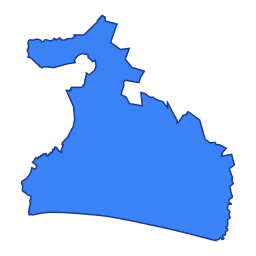 San Marcos, Guerrero, Mexico (Mercator projection)
{"feature_id": "50627088B28272611145429", "entity_name": "San Marcos", "entity_type": "district", "adm_level": 2, "iso_a3": "MEX", "parent_name": "Mexico", "parent_adm1": "Guerrero", "projection": "mercator", "projection_center": [-99.468, 16.852], "detail": "fine", "context": "isolated", "style": "filled", "palette": "blue", "viewbox_px": 256, "rotation_deg": 0, "n_neighbors": 0, "source": "geoboundaries", "source_scale": "gbopen_adm2", "svg_char_len": 5579}
<svg xmlns="http://www.w3.org/2000/svg" viewBox="0 0 256 256"><path d="M54.1,38.5L54.0,39.4L53.7,39.7L51.1,40.6L50.1,40.8L49.2,40.7L47.0,39.9L46.1,39.8L45.1,39.9L44.8,40.0L44.5,40.3L43.7,41.4L43.0,41.9L42.6,41.9L42.0,41.7L40.8,40.4L38.6,39.3L38.1,39.2L37.0,39.3L35.9,39.3L34.8,39.8L31.8,40.2L31.2,40.1L30.8,39.8L29.9,39.9L29.0,40.4L28.6,40.8L28.3,41.3L28.0,42.7L28.0,43.7L28.5,45.7L28.6,47.0L27.3,50.7L27.5,51.6L28.4,52.7L28.7,54.8L28.5,56.1L28.0,56.7L28.0,57.2L29.3,57.4L30.0,57.6L31.5,58.4L32.8,59.6L34.3,61.2L34.6,61.6L35.9,62.8L36.7,63.6L37.0,63.8L37.4,63.8L37.6,64.2L38.0,64.6L38.7,64.6L39.0,65.9L39.2,66.2L40.5,67.1L41.0,67.2L41.6,67.7L42.0,67.9L44.2,66.6L53.8,67.6L67.2,63.9L75.2,62.6L74.5,60.1L76.6,57.0L78.7,55.1L81.9,53.6L83.7,53.8L87.8,54.5L88.2,57.7L90.5,59.3L92.8,61.7L95.1,60.4L96.1,65.8L96.0,66.4L94.5,70.4L89.2,74.9L86.3,73.0L86.5,74.3L85.1,79.6L84.2,85.1L83.1,85.0L83.0,86.1L81.7,87.4L71.5,87.3L70.8,88.3L70.7,88.7L71.1,89.8L70.7,90.0L70.2,89.8L69.7,90.0L69.9,90.9L69.7,91.2L68.0,90.7L67.3,90.3L66.7,90.1L66.3,90.3L66.5,90.8L66.8,91.3L73.4,106.2L74.7,119.0L73.2,126.7L68.6,135.2L68.4,136.3L62.7,142.3L61.9,144.3L63.1,144.7L62.7,146.4L60.9,151.3L61.6,151.8L61.7,152.3L61.6,152.6L61.5,152.8L61.0,152.2L59.5,151.4L57.2,148.8L56.6,147.7L55.9,147.3L55.7,147.3L55.4,147.1L54.9,147.1L54.7,147.3L55.2,147.5L55.2,147.8L54.8,148.0L54.7,148.8L54.5,149.2L54.3,149.5L53.7,149.3L53.4,149.8L53.1,149.4L52.7,149.4L52.8,150.0L52.7,151.4L52.1,151.6L51.8,152.2L51.8,152.7L51.7,152.8L51.4,152.8L51.1,153.0L50.8,152.5L50.6,152.4L50.4,152.5L50.6,153.0L50.5,153.5L49.7,154.2L49.4,154.2L48.9,154.1L48.6,154.2L48.5,154.4L48.7,154.9L48.7,155.7L48.4,155.7L48.2,155.5L46.5,155.6L46.5,155.0L46.2,154.7L46.3,154.1L46.3,153.8L46.1,153.5L45.8,153.4L45.5,153.6L45.5,153.8L45.4,154.0L44.7,153.9L44.0,154.0L43.5,153.9L43.3,153.9L43.1,154.2L43.1,154.6L42.9,155.0L42.7,155.1L42.3,155.0L42.0,155.4L41.7,155.5L41.4,155.3L41.2,155.3L40.6,155.9L40.5,156.7L39.9,156.9L39.3,157.4L39.1,157.4L39.0,156.8L38.8,156.8L38.2,157.5L38.0,158.2L37.7,158.7L37.4,158.7L37.2,158.5L37.2,158.3L37.4,158.1L37.2,158.0L36.7,158.2L36.0,157.7L34.6,159.2L34.5,160.1L34.0,160.8L33.2,161.5L32.5,162.4L36.7,165.5L36.2,167.9L35.7,168.6L34.7,168.9L33.8,169.0L32.8,168.0L31.8,167.7L31.3,170.0L30.5,172.9L30.2,173.5L28.5,176.0L27.5,177.0L26.6,178.4L25.9,179.0L23.2,180.6L22.5,181.0L22.1,181.5L21.7,182.3L21.7,183.2L21.9,184.2L22.4,184.9L22.6,185.6L22.8,186.9L22.8,187.4L22.5,188.7L22.5,189.2L22.3,189.8L22.4,190.7L22.9,191.4L23.3,191.7L23.6,191.7L24.2,192.1L25.7,193.2L26.2,193.5L26.9,194.3L27.5,194.7L28.3,195.1L29.4,195.2L30.5,196.1L31.2,198.5L31.1,198.8L30.3,199.5L30.0,199.9L29.8,200.7L29.9,201.4L30.4,202.8L30.3,204.1L29.3,208.3L29.0,210.7L28.6,212.5L29.1,214.8L30.5,214.8L30.9,214.6L31.5,214.2L31.8,214.7L32.2,214.9L33.3,214.8L40.7,213.2L44.4,212.7L49.9,212.3L61.9,212.4L71.4,213.0L86.1,214.1L89.6,214.5L92.1,214.6L100.9,215.5L105.5,216.1L113.3,217.3L121.7,218.9L137.0,221.9L139.1,222.5L145.3,223.7L151.7,225.2L153.6,225.4L154.4,225.7L165.8,228.1L188.2,233.5L188.9,233.5L190.5,234.1L194.2,235.0L198.7,236.3L205.9,238.1L210.9,239.5L215.9,240.6L215.7,240.1L216.0,239.8L218.0,239.8L218.8,239.5L219.9,238.1L220.4,237.8L221.2,237.9L221.6,239.0L221.9,239.4L222.3,239.5L223.0,239.4L223.5,239.1L223.8,238.3L223.8,237.8L223.6,237.4L222.6,236.6L222.4,236.0L222.5,235.6L222.8,235.3L223.5,235.1L224.6,235.3L225.0,235.2L225.3,235.0L225.6,234.1L225.5,232.3L225.7,231.6L227.6,230.1L227.6,229.1L227.5,228.6L227.3,228.4L226.2,228.1L226.0,227.9L225.9,227.6L225.9,227.2L227.5,226.1L227.7,225.6L227.7,222.8L227.5,220.4L227.7,219.7L228.1,219.0L229.7,218.2L230.0,218.0L230.1,217.6L230.0,217.1L229.2,215.7L228.9,214.9L228.9,214.1L229.8,212.1L229.6,211.1L227.9,209.3L227.4,207.9L227.9,206.0L228.4,204.8L228.8,204.5L229.4,204.4L231.1,204.2L231.3,204.0L231.3,203.6L229.4,202.7L229.0,202.2L228.7,201.3L228.8,200.4L228.9,200.1L229.4,199.4L231.2,198.2L231.9,197.7L232.1,197.3L232.3,196.4L232.2,195.4L231.3,194.1L230.7,190.6L230.0,187.5L230.1,186.6L230.5,185.9L231.0,185.4L232.9,184.0L233.2,183.3L232.9,182.4L232.4,181.5L232.0,180.1L232.4,177.3L232.3,176.6L232.1,176.1L231.4,175.1L231.1,173.7L230.4,171.6L230.0,171.0L229.4,170.3L229.3,170.0L229.7,168.8L230.1,168.2L230.9,167.3L232.1,166.7L232.8,166.2L233.7,165.5L234.3,164.8L231.5,154.4L221.3,156.3L222.3,153.8L221.8,153.3L226.2,148.2L224.8,147.9L224.5,147.4L224.3,147.3L223.8,147.3L223.3,146.7L222.3,146.0L220.8,145.6L220.2,145.1L219.4,144.7L218.9,144.7L218.3,144.9L216.5,144.7L216.2,144.4L215.7,143.6L215.1,142.4L214.4,142.4L214.1,142.5L213.0,142.4L211.7,142.8L211.5,142.7L210.8,142.8L210.4,143.0L205.1,139.3L200.7,123.6L199.6,120.0L188.1,111.7L187.0,112.8L186.9,113.8L186.3,114.6L186.0,114.7L185.6,114.4L185.0,115.0L183.8,115.2L183.6,115.7L183.2,116.1L182.9,115.7L178.7,122.0L177.0,123.1L177.3,121.0L167.5,102.6L167.2,107.4L166.2,105.8L165.7,105.7L165.3,105.3L164.9,104.6L162.8,101.5L158.6,100.5L155.4,99.0L152.9,97.1L150.0,97.3L144.4,93.4L140.9,92.5L142.3,105.9L129.6,103.6L126.1,97.2L121.0,94.4L123.4,86.5L123.9,85.2L123.3,81.7L125.7,80.3L138.9,82.6L140.5,77.5L144.3,71.2L132.0,67.5L125.2,59.1L129.3,48.4L120.4,49.5L110.6,42.4L116.4,25.6L117.2,24.2L105.2,21.0L105.2,17.3L102.1,15.4L97.3,20.6L97.4,21.9L83.8,35.0L74.3,34.9L75.1,36.3L75.0,36.7L74.9,37.0L74.7,37.0L73.7,37.0L73.4,37.3L73.1,37.9L72.9,38.2L70.5,38.6L69.3,38.5L67.7,38.7L67.4,38.8L66.7,39.7L65.6,39.3L64.5,40.1L61.7,40.1L61.4,39.8L60.9,38.8L59.7,38.0L59.2,38.0L58.9,38.6L58.7,38.7L58.0,39.0L57.3,39.1L56.9,39.6L56.2,40.0L55.6,39.7L55.4,39.3L55.3,38.8L55.0,38.6L54.6,38.4L54.1,38.5Z" fill="#3b82f6" stroke="#1e3a8a" stroke-width="1.5"/></svg>